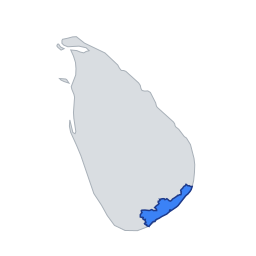 Sri Lanka, with Hambantŏṭa highlighted, rotated 346°
{"feature_id": "LKA-2465", "entity_name": "Hambantŏṭa", "entity_type": "District", "adm_level": 1, "iso_a3": "LKA", "parent_name": "Sri Lanka", "parent_adm1": "", "projection": "orthographic", "projection_center": [81.085, 6.277], "detail": "fine", "context": "in_parent", "style": "filled", "palette": "blue", "viewbox_px": 256, "rotation_deg": 346, "n_neighbors": 0, "source": "natural_earth", "source_scale": "10m", "svg_char_len": 2723}
<svg xmlns="http://www.w3.org/2000/svg" viewBox="0 0 256 256"><g transform="rotate(346 128 128)"><path d="M85.9,26.1L90.9,26.3L96.2,26.2L100.0,26.9L106.3,35.1L123.8,49.6L133.3,64.4L134.1,67.7L135.4,70.5L137.7,71.2L139.6,72.5L149.2,86.8L150.2,89.6L150.1,92.7L150.7,95.0L153.1,96.2L156.2,96.8L158.3,98.9L160.9,110.3L160.9,113.9L161.6,115.4L173.6,133.2L174.3,135.3L174.2,137.0L174.5,138.3L176.9,141.5L180.5,149.9L182.3,151.9L184.6,159.2L184.7,173.4L183.9,179.7L181.7,187.3L179.0,194.8L176.2,200.2L172.2,204.8L158.7,214.6L154.9,216.5L137.3,222.6L124.3,228.4L112.3,229.9L100.3,226.7L91.3,219.2L86.7,208.0L83.6,196.4L79.0,183.4L75.6,143.5L73.9,132.4L71.3,118.2L71.6,112.0L73.5,106.1L73.4,119.0L75.2,120.7L76.5,119.0L77.8,105.6L78.8,99.9L83.6,85.2L83.7,82.5L82.9,77.0L82.9,74.2L90.1,63.9L91.9,57.8L92.9,51.7L92.5,45.0L91.3,38.4L97.0,40.5L100.1,42.8L103.3,44.4L105.9,43.6L109.0,43.6L106.8,40.0L100.2,36.7L89.2,34.6L85.7,32.0L84.4,29.8L85.1,27.1L85.9,26.1ZM80.2,66.2L81.6,70.2L77.3,67.5L74.5,65.2L73.5,63.4L79.4,65.4L80.2,66.2ZM85.2,35.6L81.9,36.2L79.4,32.7L78.8,31.2L79.4,30.2L80.1,29.6L81.0,29.8L82.2,33.1L85.2,35.6Z" fill="#d9dde1" stroke="#a8b0b8" stroke-width="1"/><path d="M176.1,200.3L174.5,202.9L172.9,204.5L169.8,206.7L168.9,207.0L167.5,207.7L157.8,215.4L155.8,216.4L149.5,218.7L149.4,217.9L149.0,217.6L148.9,217.6L148.6,217.7L148.4,218.1L148.3,219.0L148.0,219.3L147.6,219.5L147.0,219.7L145.8,220.4L144.7,220.9L139.2,222.1L136.6,223.0L133.7,223.5L132.3,224.1L131.6,225.2L130.1,224.9L129.3,225.2L128.8,225.4L126.7,226.9L124.7,228.4L124.6,228.6L124.3,228.4L123.0,227.8L122.3,226.8L122.7,226.6L122.7,226.2L122.3,225.9L121.8,225.9L121.1,225.4L120.9,224.6L122.6,223.8L122.1,221.8L122.5,221.4L122.7,220.9L122.1,220.8L121.5,220.9L120.7,220.4L120.5,219.5L120.8,219.0L121.1,218.5L120.8,218.2L120.3,218.3L119.3,217.9L118.4,217.3L119.0,215.0L121.1,213.5L120.7,212.6L121.1,211.7L121.0,211.3L121.5,211.1L124.5,211.7L128.3,213.1L129.3,213.3L130.3,213.0L131.3,212.9L132.1,213.6L132.7,214.3L134.7,214.7L135.8,215.0L136.0,214.1L135.5,212.7L134.6,211.7L135.9,210.8L137.2,210.1L138.7,209.6L139.8,208.8L139.3,207.6L139.6,206.4L140.2,206.4L140.9,206.3L141.4,205.7L141.4,205.0L142.0,205.5L142.5,204.9L143.8,204.9L145.1,205.1L146.0,205.4L146.4,206.4L146.9,206.4L147.5,206.4L148.0,206.1L148.6,206.0L149.6,207.3L150.4,208.6L151.7,209.2L153.2,208.4L153.7,207.9L154.5,207.5L156.0,207.1L159.1,205.9L159.7,205.5L159.8,205.7L160.3,205.7L161.7,205.2L163.2,205.5L163.8,204.4L163.8,204.0L163.8,203.5L164.1,203.2L164.3,202.8L164.0,202.1L164.0,201.2L165.0,200.4L166.3,199.8L167.2,198.9L168.3,198.1L169.7,197.8L170.7,196.7L172.2,198.6L172.8,198.7L173.5,198.8L174.4,199.8L175.7,200.2L176.1,200.3Z" fill="#3b82f6" stroke="#1e3a8a" stroke-width="1.5"/></g></svg>